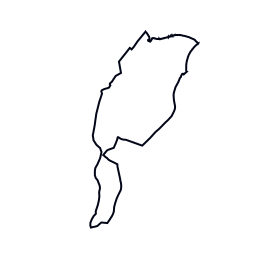 Pulang Pisau, Kalimantan Tengah, Indonesia (Robinson projection), rotated 200°
{"feature_id": "22746128B75083695068268", "entity_name": "Pulang Pisau", "entity_type": "district", "adm_level": 2, "iso_a3": "IDN", "parent_name": "Indonesia", "parent_adm1": "Kalimantan Tengah", "projection": "robinson", "projection_center": [113.906, -2.505], "detail": "fine", "context": "isolated", "style": "outline", "palette": "ink", "viewbox_px": 256, "rotation_deg": 200, "n_neighbors": 0, "source": "geoboundaries", "source_scale": "gbopen_adm2", "svg_char_len": 4753}
<svg xmlns="http://www.w3.org/2000/svg" viewBox="0 0 256 256"><g transform="rotate(200 128 128)"><path d="M114.9,31.6L113.8,35.9L112.9,40.0L112.7,42.0L112.7,42.7L112.7,43.8L112.9,45.3L114.0,49.1L114.1,50.5L114.3,52.2L114.4,54.7L114.5,57.9L114.3,60.8L113.6,67.4L114.1,70.0L114.5,71.0L115.2,72.8L115.5,73.2L115.9,74.1L116.8,75.3L118.2,77.8L119.9,80.5L124.6,88.0L125.4,89.7L125.6,90.3L126.8,90.4L129.6,90.8L131.9,91.0L133.8,91.2L135.1,91.5L135.5,91.6L137.7,92.7L139.2,93.0L140.5,93.6L142.0,94.1L141.5,95.7L139.9,100.0L138.5,101.3L134.6,104.5L134.3,109.1L134.2,113.5L134.5,115.4L134.3,116.0L132.4,115.7L131.3,115.4L129.2,115.4L128.5,115.5L125.9,116.2L108.6,116.3L103.8,126.2L100.8,133.6L98.4,137.9L94.8,145.9L93.2,149.0L91.1,154.0L90.6,158.0L90.4,160.5L90.6,162.7L91.2,164.5L94.5,170.1L96.5,174.7L96.8,175.8L97.1,178.5L97.3,182.7L96.5,188.0L96.3,191.4L96.4,192.6L95.8,193.8L95.9,195.4L95.6,197.1L95.4,197.4L95.3,197.6L94.8,197.8L94.0,197.4L92.1,200.9L92.3,200.9L93.0,202.0L93.1,202.4L93.6,203.6L94.4,205.9L95.0,207.8L95.3,209.1L95.6,211.2L95.6,211.4L95.7,211.5L95.7,211.9L95.8,213.0L95.8,213.6L95.8,213.8L95.9,215.0L96.0,215.3L95.9,215.6L95.9,217.4L95.9,217.6L95.9,217.8L95.8,218.2L95.7,218.9L95.7,219.0L95.6,219.3L95.5,220.1L95.5,220.3L95.4,220.8L95.3,221.1L95.3,221.3L95.2,221.5L95.0,222.2L94.8,222.6L94.5,223.7L94.5,224.0L94.3,224.3L94.1,224.6L94.0,225.2L93.9,225.6L93.8,226.0L93.5,226.6L92.5,228.9L91.5,230.3L91.0,231.0L90.9,231.2L91.0,231.3L91.0,231.5L91.1,231.4L91.1,231.5L91.3,231.7L91.5,231.7L91.6,231.8L91.8,231.9L92.1,232.0L92.3,232.1L94.6,233.1L94.8,233.3L95.1,233.5L95.4,233.7L95.8,233.8L96.9,233.8L97.0,233.9L97.4,233.9L97.6,233.9L97.9,233.9L99.3,234.0L100.3,234.1L100.6,234.1L101.9,234.2L102.8,234.1L104.5,234.0L105.9,233.9L107.3,233.7L107.7,233.6L107.9,233.5L108.0,233.5L108.3,233.5L109.2,233.5L109.7,233.4L110.4,233.2L110.6,233.3L110.8,233.2L111.9,232.9L112.3,232.7L113.1,232.4L113.4,232.3L113.5,232.1L114.2,232.0L114.3,232.0L114.4,231.9L115.4,231.5L115.7,231.2L115.9,231.2L116.0,231.1L116.1,230.9L116.3,230.8L116.5,230.7L116.5,230.8L116.6,230.7L116.8,230.5L117.0,230.5L117.1,230.4L117.3,230.3L117.4,230.2L117.5,230.1L117.8,230.0L117.8,229.9L118.0,229.9L118.1,229.7L118.2,229.8L118.2,229.7L118.3,229.7L118.2,229.6L118.3,229.6L118.3,229.4L118.6,229.5L118.6,229.4L118.8,229.3L118.8,229.1L119.0,229.1L119.3,228.8L119.4,228.7L119.5,228.7L119.7,228.4L119.9,228.4L119.9,228.2L120.1,228.2L120.3,228.0L120.4,227.9L120.4,228.0L120.5,227.9L120.7,227.7L120.9,227.7L121.1,227.5L121.1,227.4L121.2,227.5L121.2,227.4L121.5,227.1L121.9,226.9L122.0,226.8L122.0,226.7L122.3,226.6L122.5,226.4L123.0,226.1L123.4,225.7L123.5,225.7L124.0,225.4L124.9,224.8L124.9,224.7L125.1,224.6L125.3,224.5L125.3,224.4L125.6,224.3L125.6,224.2L126.1,223.9L126.5,223.7L126.7,223.4L126.8,223.4L127.0,223.3L127.2,223.2L127.3,223.2L127.5,223.0L127.7,222.9L127.9,222.7L128.0,222.8L128.2,222.7L128.5,222.6L128.7,222.4L128.8,222.5L129.0,222.4L129.1,222.2L129.3,222.2L129.4,222.3L129.4,222.2L129.5,222.2L129.9,222.0L130.2,221.9L130.6,221.8L131.0,221.6L131.5,221.6L132.0,221.5L132.1,221.4L132.4,221.4L132.4,221.5L132.4,221.4L132.7,221.4L132.9,221.4L133.5,221.4L133.8,221.2L134.0,221.3L134.2,221.2L134.5,221.3L135.0,221.2L135.4,221.0L135.5,220.9L135.9,220.7L136.0,220.5L135.9,220.0L136.0,219.9L136.0,219.7L136.1,219.4L136.1,219.2L136.2,218.4L136.2,218.1L136.5,217.3L136.6,217.2L136.8,216.7L138.6,216.8L138.9,216.9L139.2,217.4L138.9,217.6L138.5,217.8L138.2,218.1L138.3,218.6L138.4,218.9L138.4,219.2L138.5,219.3L138.5,219.5L138.7,219.9L139.1,220.6L139.4,221.0L139.8,221.3L140.2,221.6L140.8,222.0L141.0,222.3L142.1,223.1L142.3,223.2L142.4,223.3L142.5,223.4L142.9,223.7L143.4,223.9L143.5,224.0L144.3,224.3L144.5,224.5L148.7,212.6L150.3,206.2L151.5,203.1L153.7,203.9L154.2,202.4L155.3,198.9L156.9,194.2L159.2,187.3L153.4,177.3L157.4,172.7L159.0,165.8L159.1,165.7L159.3,165.4L159.4,165.1L160.0,164.2L160.2,163.3L160.0,162.7L159.2,162.1L159.4,161.0L159.5,160.7L159.5,160.2L159.6,159.6L160.9,158.4L162.9,157.0L163.8,156.3L165.5,154.5L165.6,153.3L164.7,152.1L164.4,151.7L164.2,151.5L164.2,151.2L164.1,148.7L164.1,147.7L164.0,146.4L164.0,146.0L164.0,145.1L163.9,142.5L162.6,130.0L162.4,129.3L161.8,126.5L161.3,124.0L160.4,120.0L160.0,117.8L158.5,108.8L156.9,106.1L156.2,104.7L152.6,101.9L151.2,101.1L147.3,99.6L145.9,97.8L144.7,96.4L144.0,91.2L143.9,90.1L143.9,89.6L144.3,83.5L144.9,80.0L145.0,79.5L144.6,76.8L143.0,72.3L141.2,70.0L138.7,68.5L136.4,65.8L134.8,64.0L133.7,61.7L133.2,57.9L131.5,53.9L130.6,50.0L130.1,45.8L130.0,44.8L129.9,40.5L129.8,38.7L128.9,36.4L128.9,36.2L129.3,35.4L130.1,33.7L130.7,30.5L130.8,29.9L130.9,26.0L130.0,23.4L128.7,21.8L127.6,22.6L125.3,24.0L124.7,24.4L123.3,25.4L121.7,28.4L121.4,28.9L120.7,30.1L114.9,31.6Z" fill="none" stroke="#020617" stroke-width="2"/></g></svg>